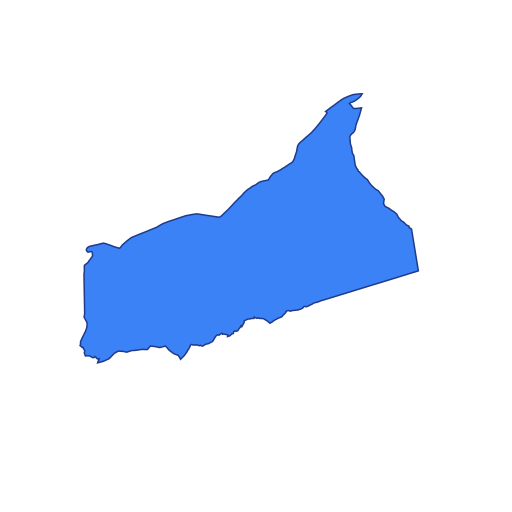 outline of Funyula, Western, Kenya, rotated 224°
{"feature_id": "3690345B93161899730703", "entity_name": "Funyula", "entity_type": "district", "adm_level": 2, "iso_a3": "KEN", "parent_name": "Kenya", "parent_adm1": "Western", "projection": "equal_earth", "projection_center": [34.091, 0.245], "detail": "fine", "context": "isolated", "style": "filled", "palette": "blue", "viewbox_px": 512, "rotation_deg": 224, "n_neighbors": 0, "source": "geoboundaries", "source_scale": "gbopen_adm2", "svg_char_len": 4908}
<svg xmlns="http://www.w3.org/2000/svg" viewBox="0 0 512 512"><g transform="rotate(224 256 256)"><path d="M292.3,446.4L293.7,445.1L297.1,441.0L298.0,439.9L298.8,438.5L300.1,435.8L300.7,434.6L301.2,433.3L302.4,430.3L302.9,428.6L303.9,423.3L304.5,419.2L304.8,417.6L305.4,414.4L306.3,408.3L304.8,408.6L304.0,407.6L303.5,403.8L303.3,402.1L303.1,400.4L302.7,397.1L302.2,392.1L302.1,390.6L301.9,387.4L301.9,386.2L301.9,384.9L301.8,383.3L302.0,381.0L302.2,378.6L302.5,376.3L302.6,373.8L302.7,372.4L302.9,370.6L303.1,368.8L303.1,366.3L302.6,364.3L301.8,363.0L300.8,361.4L300.0,360.3L299.2,359.0L298.6,357.7L298.0,356.6L297.4,355.1L296.5,353.5L295.9,352.3L295.4,350.7L295.1,349.1L295.4,347.0L295.8,345.6L296.1,344.2L296.4,342.7L296.8,341.2L297.0,339.8L297.5,338.1L297.9,336.8L298.1,335.3L298.6,333.8L299.0,332.7L299.3,331.5L300.1,329.9L300.7,328.4L301.1,327.1L301.0,325.7L300.9,323.8L300.6,322.0L300.2,320.6L300.1,318.9L300.8,318.0L301.5,317.0L302.8,315.1L303.6,313.8L304.4,312.4L305.0,311.0L305.4,308.8L305.7,306.8L306.8,304.4L307.2,302.7L307.4,301.2L307.8,299.5L308.2,297.6L308.5,293.2L308.4,291.5L308.3,290.3L308.3,288.5L308.4,287.0L308.5,285.3L308.4,282.3L308.5,280.9L308.5,279.5L308.3,269.8L308.4,268.0L308.8,259.6L309.6,258.2L322.5,249.0L327.0,245.9L328.0,245.0L330.1,242.4L334.5,236.2L337.4,230.7L339.9,225.7L340.8,224.1L342.3,221.2L343.0,219.9L343.7,218.3L344.7,216.3L345.4,214.7L346.0,212.8L346.5,211.2L347.4,207.7L347.9,206.6L349.0,204.1L349.6,202.8L350.3,201.2L351.7,197.9L353.8,193.3L355.5,189.5L356.0,188.4L356.6,187.0L357.8,184.2L358.5,182.6L358.7,181.4L359.0,179.2L359.3,177.2L359.5,175.0L359.8,171.3L359.5,168.6L359.5,166.8L363.9,164.4L367.2,163.0L369.6,161.9L372.2,160.7L374.7,159.3L376.5,156.5L378.1,153.8L379.4,152.0L380.7,150.0L382.6,147.0L383.1,145.0L382.9,143.6L382.2,142.4L380.8,141.9L379.5,142.1L378.6,143.3L377.6,144.9L376.6,145.0L375.6,144.3L374.7,143.4L373.6,142.6L373.3,141.2L373.3,139.9L372.9,138.7L372.9,137.1L372.5,135.4L372.4,133.8L372.7,132.1L373.0,130.1L371.7,128.6L370.3,127.3L369.3,126.2L368.4,125.3L367.5,123.9L366.7,123.0L355.4,111.7L339.4,95.7L338.3,94.2L337.2,92.6L335.6,92.1L334.1,91.6L332.9,91.3L331.4,90.6L330.1,89.7L329.3,88.6L328.3,87.4L327.3,85.5L326.5,83.8L325.8,81.6L325.1,79.5L324.4,77.1L323.8,75.5L322.8,72.6L321.6,71.3L320.8,70.3L320.3,69.3L319.1,69.5L317.9,69.4L316.8,70.2L316.0,69.5L315.0,69.4L313.7,69.1L312.8,68.1L312.2,67.0L310.8,66.3L309.3,65.6L308.4,66.7L307.5,67.4L306.5,68.5L305.3,68.8L304.1,69.1L302.8,69.5L301.8,70.6L302.1,71.8L301.0,72.1L299.9,71.7L298.5,71.8L297.5,73.1L296.8,71.9L296.3,70.2L295.7,69.1L292.6,74.3L290.3,80.2L290.3,87.6L289.0,91.9L285.3,95.1L282.2,97.0L279.8,101.5L276.9,104.7L273.4,109.3L269.1,113.3L269.5,117.8L266.0,120.5L261.6,123.3L258.5,128.4L253.1,127.9L247.4,128.6L242.8,130.5L240.6,129.9L239.6,129.7L238.5,129.3L238.4,134.3L238.6,136.0L238.9,137.8L239.1,139.5L239.7,140.5L239.6,141.9L240.3,143.7L240.6,145.2L241.3,146.5L240.8,147.7L239.5,148.2L238.6,149.1L237.6,149.8L237.1,150.9L235.8,151.4L234.4,152.2L233.9,153.3L232.5,153.5L231.6,154.6L231.1,157.0L230.4,158.4L229.5,159.6L228.0,163.8L228.0,165.4L228.7,168.1L229.0,169.4L229.2,170.8L229.1,172.2L227.6,173.4L227.3,175.5L226.7,176.9L225.8,176.4L225.0,177.4L222.6,179.0L221.4,179.6L220.5,178.3L219.3,180.6L219.3,183.3L218.4,184.4L219.5,186.1L219.1,187.6L217.9,188.0L217.2,189.8L217.6,191.4L217.8,193.7L218.3,195.5L217.1,195.3L218.3,199.9L219.4,201.0L219.0,202.2L218.6,203.5L217.9,205.2L216.5,206.6L215.8,208.1L214.8,208.9L214.1,209.7L214.8,210.9L213.7,211.1L211.8,212.0L211.2,213.4L210.2,213.5L207.2,216.1L202.7,217.1L199.3,217.3L198.5,219.8L198.4,221.4L197.9,223.3L197.3,224.9L196.9,226.5L195.2,230.0L195.4,232.8L195.3,234.3L195.3,236.0L195.9,237.3L195.1,238.9L193.8,239.9L192.8,240.3L192.1,241.8L188.2,246.5L187.4,248.0L186.2,250.8L186.4,252.8L185.6,254.0L184.7,254.2L183.9,255.7L182.1,260.7L181.7,262.4L180.9,263.8L180.1,264.9L179.0,267.0L178.3,268.7L177.5,270.1L153.8,313.0L139.4,339.0L128.9,358.1L162.8,383.4L164.0,383.3L165.3,382.7L166.6,383.7L168.4,383.2L169.7,382.7L171.2,382.9L173.5,382.9L175.8,382.3L178.3,382.6L180.5,382.7L183.8,383.9L187.5,383.7L189.9,383.1L193.2,382.7L197.5,381.4L198.8,381.7L200.6,382.3L202.0,384.1L203.3,386.0L204.8,386.3L206.7,387.1L208.3,387.1L210.6,387.5L213.3,387.9L216.4,387.1L219.9,387.0L221.9,387.0L225.2,387.4L228.8,388.3L231.4,388.0L233.8,387.9L235.8,387.9L238.4,388.1L240.3,388.3L241.2,388.0L242.4,388.7L243.6,388.9L244.7,389.1L246.2,389.7L247.6,390.2L248.7,391.0L249.7,391.8L251.3,393.0L253.0,394.3L255.2,396.1L257.8,396.8L260.7,398.8L261.9,400.0L265.9,402.2L269.9,405.7L271.2,406.7L271.6,407.7L272.0,409.2L271.9,410.9L271.7,412.5L272.0,414.2L272.5,415.8L274.9,419.4L276.1,421.9L279.2,428.9L283.0,435.9L286.1,432.1L288.2,429.9L289.6,430.0L290.9,430.2L292.5,430.5L293.4,430.6L294.7,430.4L294.6,431.9L293.6,433.7L292.8,435.7L292.3,437.9L291.8,440.7L291.7,443.7L292.3,446.4Z" fill="#3b82f6" stroke="#1e3a8a" stroke-width="1.5"/></g></svg>